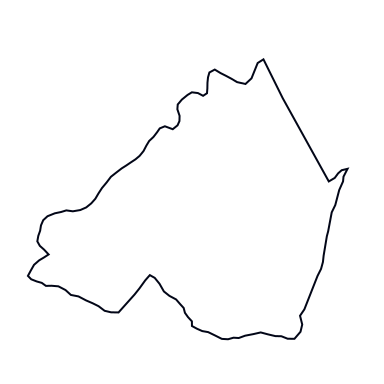 Buriti do Tocantins, Tocantins, Brazil (Natural Earth projection), rotated 98°
{"feature_id": "56859067B91064874874121", "entity_name": "Buriti do Tocantins", "entity_type": "district", "adm_level": 2, "iso_a3": "BRA", "parent_name": "Brazil", "parent_adm1": "Tocantins", "projection": "natural_earth1", "projection_center": [-48.13, -5.348], "detail": "fine", "context": "isolated", "style": "outline", "palette": "ink", "viewbox_px": 384, "rotation_deg": 98, "n_neighbors": 0, "source": "geoboundaries", "source_scale": "gbopen_adm2", "svg_char_len": 1705}
<svg xmlns="http://www.w3.org/2000/svg" viewBox="0 0 384 384"><g transform="rotate(98 192 192)"><path d="M297.9,342.8L300.8,339.1L302.2,333.3L302.9,328.1L305.3,323.6L304.4,318.1L304.0,311.2L306.7,303.6L310.8,297.6L311.2,289.9L314.1,281.8L316.0,274.9L318.1,268.6L321.8,262.0L322.4,255.4L321.5,248.0L301.5,234.6L294.9,230.7L286.0,226.0L280.2,222.2L282.2,217.0L287.4,211.4L294.4,206.0L298.0,199.9L300.6,192.8L304.7,188.1L308.0,184.1L312.6,182.2L316.5,178.5L320.1,174.1L324.7,173.4L326.7,168.1L328.3,162.5L328.5,156.5L330.8,149.4L333.3,142.0L332.8,135.8L330.5,130.6L330.1,125.4L326.9,119.4L324.2,111.5L321.5,104.4L322.4,97.0L323.1,89.4L322.4,83.4L324.0,76.8L323.1,70.1L315.3,65.1L307.9,64.4L299.5,67.8L292.6,64.4L257.6,56.0L250.2,53.5L243.1,52.6L236.7,52.8L217.0,52.3L212.0,51.7L192.7,50.8L185.0,48.3L169.6,46.5L160.5,43.9L155.7,44.1L147.4,41.2L149.6,46.8L153.2,49.9L158.2,52.6L162.5,58.0L86.5,115.2L50.7,139.7L55.1,144.9L71.2,148.9L77.6,154.1L76.9,162.7L74.4,168.6L72.2,174.6L70.3,180.2L67.6,186.5L71.2,191.4L76.2,192.1L81.6,191.9L87.4,191.2L92.1,190.9L95.2,194.4L93.2,199.9L93.3,206.0L96.5,209.9L101.9,214.9L107.3,218.3L112.1,218.0L118.3,214.9L123.5,214.3L128.0,215.6L132.5,219.8L130.7,228.0L133.5,232.8L137.7,234.9L142.8,237.8L147.4,241.5L152.3,243.6L158.2,245.7L163.5,248.9L167.5,252.5L171.2,256.7L175.0,260.9L178.4,264.9L183.5,269.9L188.2,274.4L194.3,277.8L200.6,281.7L206.4,284.4L212.2,286.8L217.3,290.2L222.0,294.6L225.4,300.1L227.7,307.3L227.7,313.9L230.0,318.8L232.2,324.9L236.1,331.7L240.6,335.4L246.1,336.9L251.5,337.0L256.8,338.1L262.4,338.3L266.5,335.2L269.7,330.4L273.8,325.3L277.7,329.8L280.9,333.8L286.1,338.3L292.2,340.7L297.9,342.8Z" fill="none" stroke="#020617" stroke-width="2"/></g></svg>